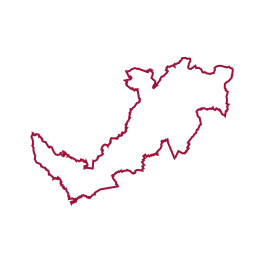 San Martín Hidalgo, Jalisco, Mexico (Robinson projection), rotated 198°
{"feature_id": "50627088B74426866843112", "entity_name": "San Martín Hidalgo", "entity_type": "district", "adm_level": 2, "iso_a3": "MEX", "parent_name": "Mexico", "parent_adm1": "Jalisco", "projection": "robinson", "projection_center": [-103.893, 20.459], "detail": "fine", "context": "isolated", "style": "outline", "palette": "rose", "viewbox_px": 256, "rotation_deg": 198, "n_neighbors": 0, "source": "geoboundaries", "source_scale": "gbopen_adm2", "svg_char_len": 5818}
<svg xmlns="http://www.w3.org/2000/svg" viewBox="0 0 256 256"><g transform="rotate(198 128 128)"><path d="M39.4,169.4L40.2,174.2L39.3,174.4L39.5,175.5L38.9,176.7L40.4,179.1L40.0,179.7L40.4,181.1L40.0,181.5L42.0,181.7L42.0,183.3L42.6,185.5L44.1,188.3L44.2,193.2L46.8,194.0L47.0,195.2L48.3,195.8L49.5,199.8L48.4,202.1L46.8,203.7L44.9,208.1L45.5,209.5L45.0,210.4L45.5,211.0L46.0,214.8L47.2,216.8L49.4,216.7L50.9,217.5L52.5,216.2L59.3,215.8L61.8,214.7L63.5,213.1L64.2,211.7L63.3,210.1L63.5,206.8L65.5,205.8L66.2,204.9L69.7,204.3L72.3,204.9L72.9,204.2L74.4,204.1L76.7,206.5L79.2,207.0L81.8,206.1L83.2,208.0L86.5,203.5L88.8,203.4L89.6,204.3L89.9,209.1L89.4,211.1L90.3,213.0L92.0,212.8L93.0,212.0L95.0,212.5L98.1,211.1L98.2,208.9L99.0,207.4L99.4,207.4L99.5,205.7L101.1,204.8L102.4,203.2L103.4,203.4L103.5,202.3L103.8,202.1L102.9,200.9L104.4,201.3L106.1,200.5L107.3,198.9L109.2,198.9L110.0,197.2L109.3,196.5L109.6,196.3L109.8,194.6L107.7,194.3L108.1,192.7L110.5,187.9L111.9,187.3L112.6,184.4L112.1,183.9L114.3,178.3L113.5,177.8L114.1,177.4L114.0,176.9L115.9,173.8L116.6,174.1L116.2,175.5L116.8,175.8L116.5,176.8L115.7,175.8L115.6,176.1L116.4,177.0L116.3,177.6L116.1,177.0L115.8,177.5L116.0,178.6L115.7,178.8L116.8,181.0L121.1,182.8L121.1,187.2L121.6,188.4L124.0,189.3L123.4,190.1L124.3,190.0L124.6,190.7L125.3,190.6L125.9,189.5L126.1,187.9L127.4,188.5L127.5,188.0L126.7,187.6L126.8,187.2L136.6,187.6L137.0,187.1L140.0,187.1L142.9,184.8L143.8,183.0L145.2,182.0L147.2,181.4L142.6,176.7L142.0,176.7L141.6,177.7L140.2,176.7L141.1,175.3L140.8,175.0L145.5,172.3L143.0,171.5L143.6,169.7L142.7,169.5L142.6,168.2L137.1,166.2L136.4,167.2L135.8,167.0L135.9,166.4L133.3,165.7L133.0,167.1L131.5,166.7L131.1,168.2L131.5,168.8L126.8,159.8L125.5,159.4L125.7,157.4L125.1,157.3L125.1,156.6L125.7,155.4L127.3,154.5L128.5,150.0L129.7,148.7L130.3,146.5L131.4,146.6L130.5,143.8L131.2,143.0L130.9,141.9L130.3,141.7L130.3,138.8L129.2,138.4L129.8,137.2L130.0,134.7L130.5,134.1L130.5,131.5L131.0,131.4L131.2,130.4L130.4,130.3L130.4,127.5L129.0,127.7L129.6,125.8L129.5,124.9L128.8,124.6L129.1,123.6L130.1,122.1L130.6,122.1L130.8,122.9L130.8,122.1L132.0,122.1L132.3,120.9L131.8,120.6L132.7,120.0L131.9,120.1L132.0,119.4L131.6,119.2L131.9,118.6L134.5,118.5L134.3,117.7L133.7,117.6L135.0,116.3L134.7,114.6L135.9,114.1L136.4,114.6L139.2,113.3L140.4,113.4L140.8,112.9L141.1,112.4L140.3,109.8L140.7,109.7L140.0,108.6L140.9,107.4L140.7,106.7L141.3,105.4L142.5,105.2L142.3,104.8L143.1,105.3L145.1,105.0L145.9,104.0L146.8,101.7L146.6,99.3L145.6,99.5L144.8,98.8L145.3,97.7L144.5,96.0L143.8,95.6L145.0,93.6L146.8,92.6L147.3,91.0L147.6,91.2L147.8,90.5L147.3,90.1L147.9,88.0L150.3,85.6L150.8,85.8L149.1,78.5L155.6,77.3L156.9,76.1L157.6,78.1L157.0,78.7L155.5,79.0L155.0,79.6L155.0,80.4L157.8,83.6L157.8,82.3L159.1,82.2L159.4,83.0L160.8,82.9L160.8,83.6L163.0,83.6L163.0,82.2L164.2,81.2L165.8,81.6L167.1,81.1L167.1,80.7L168.8,81.8L172.3,82.3L172.4,81.8L173.0,81.9L172.9,82.5L174.7,82.4L176.0,83.1L176.5,82.7L176.3,83.8L178.5,83.9L179.8,85.0L182.2,85.7L181.9,86.0L182.5,85.7L180.4,83.1L180.7,82.8L180.2,82.0L180.4,81.4L181.4,81.8L181.8,81.4L183.3,82.5L183.6,83.4L184.4,83.5L184.9,81.6L185.5,81.2L186.4,80.7L188.7,80.5L190.9,82.1L194.6,86.1L196.2,86.3L196.6,85.2L197.4,85.2L202.3,89.3L203.1,88.9L205.4,89.2L206.0,90.8L206.9,91.0L206.9,91.6L208.7,92.4L209.5,92.2L209.4,92.8L210.3,92.9L210.8,94.1L213.3,93.8L213.7,92.9L214.4,93.0L214.5,92.3L215.5,92.6L216.0,92.2L216.0,92.6L216.9,93.8L217.0,93.8L216.7,93.3L217.1,89.9L214.3,86.2L214.1,84.7L213.2,83.4L213.6,81.7L211.6,79.9L211.3,78.2L209.6,75.2L207.5,72.8L207.1,69.6L204.4,66.9L200.5,66.7L199.4,65.9L198.8,64.7L198.0,64.9L197.1,64.3L194.4,64.5L193.3,63.2L192.8,63.5L192.2,62.9L190.5,62.8L189.7,61.1L189.0,60.6L189.2,59.9L188.9,59.2L187.6,59.4L184.3,58.1L183.6,57.6L183.3,56.3L181.9,57.9L180.9,58.1L181.1,57.5L178.8,57.8L179.2,59.4L177.6,58.8L175.0,56.5L175.5,56.3L175.0,54.4L174.3,54.6L173.8,52.9L172.4,53.4L171.8,51.8L171.0,52.0L170.8,51.2L170.3,51.4L169.7,50.4L168.2,51.2L167.1,49.3L164.3,47.0L163.8,44.9L162.8,44.9L162.8,43.8L162.3,43.8L162.2,42.2L159.1,43.9L157.7,43.5L155.8,44.6L155.0,44.3L156.3,42.8L156.1,42.2L159.4,40.1L158.3,38.5L158.0,39.4L154.9,41.7L154.9,44.4L154.2,44.8L154.2,46.0L152.6,47.0L153.0,47.7L152.3,48.1L151.9,47.3L150.9,48.4L150.8,49.7L150.2,49.7L149.6,50.4L148.3,50.0L147.1,50.4L145.9,49.4L143.3,49.5L143.9,50.3L142.2,50.6L140.8,53.8L138.9,54.6L139.6,56.1L135.3,61.1L119.5,69.4L121.1,70.9L122.1,70.9L122.4,72.6L126.4,75.3L128.4,77.9L128.1,78.3L127.1,77.6L126.8,78.0L127.3,78.7L125.8,81.4L125.6,81.1L123.5,83.9L122.8,83.5L121.3,85.5L120.0,84.5L119.1,85.8L116.1,87.1L115.9,87.9L111.9,87.5L110.9,86.7L108.8,86.3L108.6,87.2L107.5,87.4L107.3,88.4L107.8,89.5L106.3,91.0L101.3,91.9L102.0,92.5L100.7,94.4L102.5,95.8L101.1,97.7L104.2,100.0L102.9,101.9L103.9,102.6L102.6,104.5L104.7,106.0L103.3,108.0L101.3,106.4L100.0,108.4L98.9,107.6L97.7,109.5L97.0,109.0L95.9,110.6L95.2,110.1L94.1,112.1L93.3,111.6L91.7,111.7L92.3,112.5L92.2,113.1L92.8,113.2L92.9,114.4L90.7,118.8L90.6,121.8L91.4,122.6L91.1,124.7L92.0,125.7L91.6,126.4L90.4,125.6L90.0,126.9L89.2,127.0L88.8,128.1L88.1,127.4L86.9,129.3L85.2,126.2L74.5,113.6L73.9,114.9L72.9,121.6L67.9,120.8L66.6,121.7L66.1,121.5L65.7,123.7L65.1,123.6L64.8,126.8L64.2,126.7L64.0,127.5L65.6,127.9L64.7,131.2L65.2,131.3L65.0,132.3L66.6,132.5L64.2,139.3L63.4,140.2L63.1,142.5L61.7,144.4L62.0,147.6L61.0,148.1L60.7,152.7L59.7,153.9L63.1,160.0L64.2,160.1L65.8,161.4L66.5,163.1L67.9,164.6L67.7,165.9L66.9,166.6L66.8,167.4L64.8,167.9L65.0,168.6L63.8,169.7L63.4,169.7L63.5,169.0L61.9,170.4L58.5,169.9L58.1,170.7L57.2,170.9L56.3,171.8L54.6,171.8L53.7,173.8L52.9,172.5L50.9,171.9L50.5,173.3L49.6,173.3L49.6,173.9L47.7,173.5L47.0,173.8L46.8,173.1L46.0,173.3L45.9,172.8L44.7,172.5L44.2,171.5L42.4,170.0L40.5,170.1L39.4,169.4Z" fill="none" stroke="#9f1239" stroke-width="2"/></g></svg>